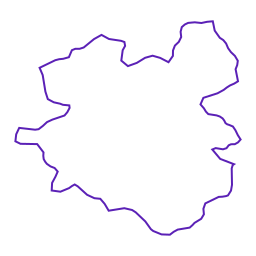 an SVG outline of Erzurum
{"feature_id": "TUR-2299", "entity_name": "Erzurum", "entity_type": "Province", "adm_level": 1, "iso_a3": "TUR", "parent_name": "Turkey", "parent_adm1": "", "projection": "natural_earth1", "projection_center": [41.622, 40.047], "detail": "fine", "context": "isolated", "style": "outline", "palette": "violet", "viewbox_px": 256, "rotation_deg": 0, "n_neighbors": 0, "source": "natural_earth", "source_scale": "10m", "svg_char_len": 1775}
<svg xmlns="http://www.w3.org/2000/svg" viewBox="0 0 256 256"><path d="M228.0,195.4L226.0,196.1L222.3,196.7L218.7,196.9L205.3,203.4L203.4,208.8L203.9,214.3L201.2,218.8L194.5,222.9L192.6,225.0L189.7,227.6L177.7,229.6L173.7,231.8L169.9,234.7L161.5,234.4L153.2,231.0L150.9,229.2L145.3,221.4L135.7,212.3L132.1,210.0L124.3,208.2L108.7,210.7L104.6,203.8L100.3,198.8L94.4,198.2L87.1,194.8L77.7,186.3L74.7,184.5L72.0,186.0L69.1,188.1L60.4,191.7L51.7,190.5L52.1,182.9L55.5,176.6L57.7,171.6L54.6,168.0L50.5,166.4L46.8,163.8L45.1,161.6L43.7,159.1L43.3,155.8L43.5,152.4L37.2,144.1L20.5,143.8L15.4,141.3L16.2,134.3L19.2,127.9L35.1,129.7L38.6,129.2L42.9,125.9L47.0,122.1L52.4,119.6L64.5,115.5L67.3,112.2L69.6,107.9L69.3,105.4L62.9,104.8L60.1,103.7L53.8,102.3L47.8,99.1L45.4,91.6L42.7,75.1L39.6,67.8L55.3,60.2L59.2,59.2L63.2,58.8L68.9,57.2L71.9,50.2L75.3,48.8L79.6,48.8L83.7,47.5L94.0,39.1L101.5,34.9L109.0,39.0L121.0,40.8L124.4,42.0L125.1,45.9L122.7,50.2L121.3,60.6L127.9,66.1L136.8,62.9L145.1,57.8L152.6,55.7L160.2,57.9L168.5,62.2L172.9,55.9L173.0,50.5L174.9,45.6L178.8,41.9L181.2,37.0L180.6,31.8L181.8,27.1L184.8,24.5L188.1,22.9L194.7,22.3L201.4,23.0L207.1,21.8L212.8,21.3L214.7,30.6L219.8,37.8L223.3,40.1L226.1,43.5L228.1,48.2L231.0,52.2L234.9,55.9L237.8,60.8L237.2,65.1L235.6,69.2L238.0,81.3L234.2,83.6L230.1,85.4L226.8,87.5L223.7,89.9L217.5,93.3L203.4,97.8L200.5,104.4L203.9,108.3L205.9,111.6L208.3,114.1L216.6,115.4L219.8,116.5L222.6,118.4L224.2,120.5L225.5,123.1L227.2,124.3L229.1,124.9L232.9,126.5L235.4,130.2L237.8,135.1L240.6,139.5L238.0,142.4L234.8,144.2L232.2,144.2L230.9,144.3L228.7,145.3L226.5,148.2L223.0,149.3L215.7,148.1L212.3,149.5L220.2,158.9L234.0,164.2L232.7,165.1L231.7,168.4L232.0,184.8L231.0,190.6L228.0,195.4Z" fill="none" stroke="#5b21b6" stroke-width="2"/></svg>